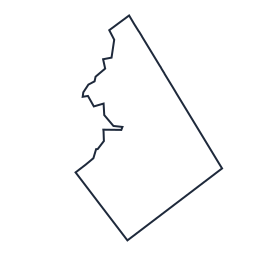 Lowndes, Mississippi, United States of America, rotated 323°
{"feature_id": "52423323B34772057373171", "entity_name": "Lowndes", "entity_type": "district", "adm_level": 2, "iso_a3": "USA", "parent_name": "United States of America", "parent_adm1": "Mississippi", "projection": "albers", "projection_center": [-88.419, 33.516], "detail": "fine", "context": "isolated", "style": "outline", "palette": "slate", "viewbox_px": 256, "rotation_deg": 323, "n_neighbors": 0, "source": "geoboundaries", "source_scale": "gbopen_adm2", "svg_char_len": 711}
<svg xmlns="http://www.w3.org/2000/svg" viewBox="0 0 256 256"><g transform="rotate(323 128 128)"><path d="M59.9,217.4L178.8,216.9L179.3,211.5L183.1,173.7L187.5,129.5L187.7,127.9L188.4,121.1L189.8,106.7L190.0,105.9L190.1,104.4L190.4,101.2L190.8,98.5L190.8,97.6L192.4,81.6L194.2,63.4L194.3,63.1L194.8,58.0L194.8,56.9L195.5,48.7L196.6,38.8L171.9,38.6L170.1,49.2L157.2,61.9L149.5,58.1L145.5,66.8L133.0,67.5L129.4,70.6L122.5,69.5L113.8,72.6L110.6,75.8L115.3,78.3L113.7,90.2L123.2,93.8L116.8,103.4L117.6,117.6L124.2,123.8L121.5,125.5L107.3,114.5L106.3,116.2L100.9,123.9L91.1,126.6L89.8,125.7L82.2,131.3L72.1,131.8L59.4,131.9L59.5,148.8L59.6,171.7L59.9,217.4Z" fill="none" stroke="#1e293b" stroke-width="2"/></g></svg>